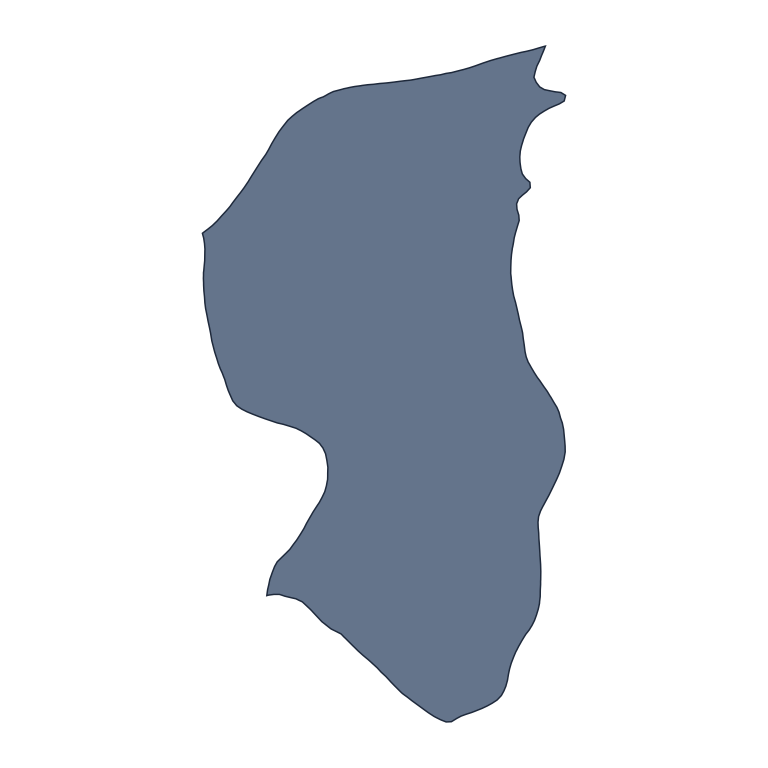 outline of Tarim, Hadramawt, Yemen
{"feature_id": "15242507B10935646704236", "entity_name": "Tarim", "entity_type": "district", "adm_level": 2, "iso_a3": "YEM", "parent_name": "Yemen", "parent_adm1": "Hadramawt", "projection": "orthographic", "projection_center": [49.084, 16.078], "detail": "fine", "context": "isolated", "style": "filled", "palette": "slate", "viewbox_px": 768, "rotation_deg": 0, "n_neighbors": 0, "source": "geoboundaries", "source_scale": "gbopen_adm2", "svg_char_len": 5488}
<svg xmlns="http://www.w3.org/2000/svg" viewBox="0 0 768 768"><path d="M539.5,603.3L539.6,601.5L540.2,596.6L540.3,589.9L540.6,584.7L540.6,581.2L540.7,579.5L540.8,571.6L540.6,564.5L540.2,558.4L540.0,555.9L539.8,551.8L539.4,545.3L538.9,538.6L538.8,536.1L538.7,533.1L538.4,529.6L538.2,527.7L538.0,522.1L538.3,519.5L538.6,516.5L540.3,511.7L540.4,511.3L540.7,510.7L542.7,506.7L543.6,505.1L545.8,501.0L548.9,495.3L549.5,494.1L552.0,489.0L553.6,485.7L554.3,484.2L556.1,480.5L557.2,478.1L559.4,473.1L561.7,466.4L562.8,462.9L563.9,459.4L565.2,451.9L565.1,446.5L565.1,446.1L564.7,440.9L564.2,435.5L563.6,429.3L562.3,422.9L560.5,417.9L559.0,412.2L556.9,407.3L554.0,402.6L550.8,397.1L549.9,395.8L547.2,391.3L543.9,386.7L540.7,382.0L539.9,380.8L537.4,377.5L534.2,372.5L531.3,367.6L529.3,364.0L528.1,362.0L527.8,361.1L526.2,356.9L525.2,352.4L525.0,351.3L524.2,344.9L523.2,338.2L522.9,335.5L522.6,332.9L521.9,329.7L521.1,326.4L519.5,320.2L518.2,313.8L517.5,310.9L517.0,308.6L515.9,304.0L515.6,302.7L513.7,296.0L512.6,290.0L511.8,284.4L511.3,279.1L511.1,276.8L510.7,273.5L510.8,266.6L511.0,261.0L511.0,260.6L511.5,254.5L512.2,249.5L512.3,248.5L512.8,246.3L513.4,243.1L513.6,241.8L514.2,237.9L515.6,232.4L516.1,230.8L517.2,227.0L519.2,220.5L519.1,219.3L518.8,215.1L518.4,213.9L517.0,209.3L516.6,203.8L517.6,201.4L518.6,198.8L519.3,198.1L522.4,195.2L526.5,191.9L530.3,187.7L530.1,185.2L529.9,182.3L525.7,178.6L524.3,176.7L522.3,173.9L520.9,168.8L520.1,163.0L520.0,162.0L519.8,157.0L520.3,151.1L521.0,148.0L521.6,145.5L523.0,141.0L523.5,139.2L524.7,136.1L525.9,133.1L528.2,127.4L531.3,122.2L535.5,117.4L539.5,114.1L544.2,111.1L548.9,108.4L549.5,108.1L554.5,105.9L556.9,104.9L559.3,103.9L564.2,101.0L564.9,98.2L565.6,95.4L560.9,92.5L556.8,92.0L555.7,91.9L554.6,91.7L550.0,90.8L548.0,90.4L544.3,89.6L539.7,86.9L536.2,82.3L534.7,78.9L533.9,77.3L534.1,76.5L535.2,71.7L536.7,66.7L537.0,65.9L539.7,60.4L541.6,55.4L542.9,52.4L544.0,49.7L544.8,47.6L545.4,46.1L544.9,46.2L539.0,47.9L533.4,49.6L531.1,50.2L526.5,51.3L521.1,52.4L513.5,54.3L505.8,56.3L498.6,58.3L498.0,58.4L490.7,60.5L483.2,63.0L476.3,65.5L474.6,66.1L469.2,67.9L466.7,68.6L463.6,69.5L460.4,70.3L456.9,71.2L451.5,72.6L447.6,73.2L446.1,73.4L443.7,74.0L440.5,74.8L434.9,75.6L434.1,75.8L427.7,77.0L422.1,78.0L419.4,78.5L416.9,79.0L411.3,80.0L409.9,80.2L405.9,80.6L399.9,81.3L394.0,82.1L387.1,82.9L383.8,83.2L379.7,83.5L373.5,84.3L368.0,84.7L361.8,85.5L361.0,85.7L354.8,86.5L349.5,87.5L347.0,88.1L344.0,88.7L342.3,89.2L338.9,90.1L334.7,91.2L333.5,91.5L330.9,92.7L328.3,94.0L326.1,95.3L323.2,96.9L321.1,97.6L318.3,98.7L316.8,99.6L313.6,101.4L307.2,105.5L302.2,108.8L299.8,110.5L296.7,112.6L292.2,116.3L287.8,120.3L283.3,126.0L281.6,128.2L279.0,131.7L275.0,138.1L271.7,143.7L268.6,149.6L265.8,154.4L261.4,160.6L256.8,167.8L252.0,175.4L249.9,178.8L248.3,181.5L247.2,183.1L244.1,187.7L240.1,193.1L238.9,194.6L236.8,197.3L234.3,200.6L233.6,201.5L232.7,202.7L230.0,206.5L226.4,210.7L221.6,215.9L216.9,221.2L215.5,222.5L212.3,225.6L207.8,229.2L203.4,232.5L202.4,233.3L203.7,238.1L204.5,243.5L204.9,248.6L205.0,249.0L204.9,249.9L204.8,255.1L204.7,260.7L204.2,265.9L203.8,270.5L203.5,272.6L203.5,275.8L203.4,278.4L203.6,282.9L203.6,285.0L203.8,288.9L203.9,290.9L204.5,296.9L204.9,302.9L205.6,308.5L206.9,314.9L207.3,317.0L208.1,321.3L209.6,328.2L210.6,333.3L211.7,340.1L211.8,340.8L213.3,346.6L213.7,348.2L214.7,352.0L215.9,355.8L216.6,357.9L217.0,359.2L218.3,363.5L220.3,368.8L222.2,372.9L222.7,374.2L223.4,376.1L224.7,379.3L226.4,385.1L228.2,390.4L229.9,394.4L230.5,395.7L231.0,396.9L232.8,400.9L235.2,403.8L236.7,405.7L241.7,409.1L244.7,410.6L246.8,411.7L252.3,414.0L259.0,416.6L263.2,418.1L264.5,418.6L271.3,420.9L277.2,422.9L283.3,424.3L285.6,425.0L289.9,426.3L296.2,428.3L298.3,429.4L301.0,430.7L306.3,433.8L310.9,437.0L313.1,438.5L315.4,440.1L319.6,443.5L321.4,446.0L322.9,447.9L323.1,448.4L325.5,453.6L325.9,455.4L326.9,460.5L327.9,467.4L327.7,473.2L327.7,475.9L327.6,479.5L327.1,482.0L326.4,485.9L324.8,491.6L324.3,492.7L322.0,497.5L319.3,502.5L317.4,505.3L316.1,507.3L313.0,512.1L309.6,518.0L309.2,518.7L306.5,523.4L305.1,526.2L304.0,528.4L300.9,533.5L297.0,539.6L296.6,540.2L293.4,544.4L290.0,549.1L289.8,549.4L288.4,550.8L285.6,553.6L281.5,557.6L277.3,561.7L274.6,566.5L272.3,572.4L271.3,575.3L269.9,579.2L269.6,580.6L268.8,584.6L267.6,589.7L267.2,592.6L266.8,595.6L267.5,595.4L268.6,595.1L273.9,594.4L279.4,594.4L281.4,595.0L284.9,596.2L290.7,597.6L296.0,598.8L299.0,600.3L301.2,601.3L302.4,601.9L310.5,609.5L321.9,621.7L331.0,628.9L341.0,633.9L341.5,634.4L344.1,637.1L345.3,638.2L349.1,642.0L352.9,645.8L358.2,651.0L363.1,655.4L366.7,658.4L367.7,659.2L369.3,660.6L373.0,664.0L376.2,666.9L377.2,667.8L381.1,672.1L385.9,676.5L389.4,680.3L390.8,681.9L391.5,682.6L394.8,686.0L397.1,688.3L398.6,689.8L400.9,692.1L402.4,693.5L405.1,695.5L406.8,696.7L411.9,700.7L417.8,705.0L423.8,709.4L425.3,710.5L428.5,712.8L434.2,716.5L436.3,717.6L440.3,719.6L441.7,720.2L446.0,721.9L446.9,721.9L447.0,721.9L451.4,721.7L456.0,718.9L456.4,718.6L461.1,716.1L466.0,714.3L471.6,712.5L474.5,711.4L477.0,710.4L481.5,708.6L482.0,708.4L487.3,705.9L492.2,703.2L497.1,700.0L501.2,695.7L501.6,695.1L503.9,690.9L505.9,686.1L506.2,684.9L507.5,680.2L507.9,677.6L508.5,674.0L509.5,669.3L509.6,668.8L511.2,663.3L513.0,658.6L513.7,656.8L515.8,651.8L516.7,650.2L518.5,646.6L520.1,643.8L521.6,641.1L523.6,637.8L525.7,634.4L529.3,629.8L530.5,627.8L532.0,625.4L534.5,620.4L536.4,615.2L537.8,610.6L538.2,609.3L538.7,607.2L539.5,603.3Z" fill="#64748b" stroke="#1e293b" stroke-width="1.5"/></svg>